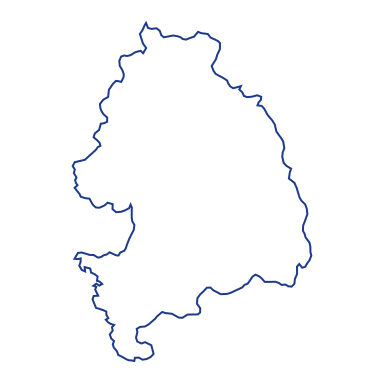 Ribeirão Claro, Paraná, Brazil (Albers equal-area conic projection)
{"feature_id": "56859067B98534601158494", "entity_name": "Ribeirão Claro", "entity_type": "district", "adm_level": 2, "iso_a3": "BRA", "parent_name": "Brazil", "parent_adm1": "Paraná", "projection": "albers", "projection_center": [-49.782, -23.265], "detail": "fine", "context": "isolated", "style": "outline", "palette": "blue", "viewbox_px": 384, "rotation_deg": 0, "n_neighbors": 0, "source": "geoboundaries", "source_scale": "gbopen_adm2", "svg_char_len": 3374}
<svg xmlns="http://www.w3.org/2000/svg" viewBox="0 0 384 384"><path d="M306.7,208.4L305.2,204.4L301.5,200.8L299.6,197.6L298.2,193.1L296.7,188.0L294.5,182.9L288.9,178.5L289.4,175.3L289.8,172.5L291.1,168.7L286.5,165.9L283.7,163.0L282.3,156.9L282.7,152.4L284.3,148.3L283.2,141.5L281.5,138.6L276.4,131.6L274.8,124.5L272.3,120.5L267.8,115.2L264.0,108.4L261.6,105.9L257.5,105.4L258.5,102.5L260.9,99.9L261.2,96.8L257.2,95.3L251.9,96.7L247.2,97.1L244.0,96.0L242.2,92.2L239.3,89.5L240.9,86.1L237.9,87.0L233.2,88.2L230.2,86.4L228.1,83.2L227.1,80.5L222.8,77.7L218.2,75.3L215.7,73.9L213.6,71.0L211.7,66.0L214.4,61.7L216.0,59.1L217.2,54.9L219.9,49.1L220.0,43.2L218.2,41.2L215.7,39.9L210.6,37.6L207.8,34.0L201.4,33.2L198.0,31.9L194.0,36.7L189.6,38.1L186.1,39.6L182.7,39.0L180.6,37.3L177.9,36.3L173.1,35.5L163.9,37.3L161.3,35.2L159.8,30.9L156.6,28.3L151.3,28.9L148.0,27.9L146.0,23.0L144.6,25.4L142.4,30.4L139.9,33.9L143.0,43.6L146.2,48.0L143.1,53.2L140.6,50.8L135.3,52.2L130.5,55.2L127.1,56.0L124.2,55.5L121.2,56.5L119.3,60.8L119.8,66.0L122.4,70.2L123.8,74.4L123.5,77.4L121.2,81.9L118.5,81.2L115.9,80.9L112.8,84.0L108.9,89.8L108.1,97.0L103.4,99.6L99.9,104.0L100.4,108.3L101.4,111.0L103.4,114.1L107.2,117.6L107.1,121.8L103.8,123.3L100.8,123.7L99.1,129.9L94.8,133.5L93.6,137.2L97.2,140.3L99.6,142.8L100.4,145.9L97.9,147.0L95.8,149.9L84.9,159.8L74.7,162.2L72.7,166.1L74.8,169.5L73.9,173.0L76.5,177.6L75.1,180.0L75.9,182.9L77.5,185.2L74.6,187.8L79.7,194.2L80.7,196.7L85.5,198.2L89.5,198.7L92.0,203.4L93.6,205.5L95.9,207.5L99.5,207.7L104.5,205.5L107.7,202.7L112.7,204.2L112.5,209.1L116.1,212.2L120.9,211.8L125.2,210.3L129.2,208.1L130.6,204.6L131.8,207.5L131.7,214.5L131.8,218.5L132.4,221.6L134.4,224.9L133.7,230.0L131.8,233.7L129.2,238.9L126.8,245.1L125.7,248.6L124.2,250.8L120.3,252.5L118.5,255.5L116.0,255.3L109.6,252.3L106.6,254.6L103.8,255.2L100.9,257.1L98.0,257.6L93.6,255.0L89.7,254.9L81.7,252.5L78.0,252.9L76.6,255.2L74.5,258.8L78.0,259.1L80.7,258.4L80.6,261.8L79.3,265.6L81.7,269.9L85.1,271.4L84.6,267.1L90.2,268.5L91.1,272.6L94.5,274.1L97.6,276.5L97.0,280.8L99.6,281.6L102.2,284.0L99.3,285.6L96.3,283.7L93.4,285.8L96.2,286.8L95.2,289.6L98.2,295.7L93.6,296.0L92.6,299.5L94.3,303.6L96.0,307.9L99.6,308.9L103.8,310.4L106.3,311.5L106.4,314.9L108.3,318.2L105.8,319.7L108.1,322.3L110.5,323.8L114.1,325.0L112.0,327.2L112.7,330.6L109.8,334.4L111.2,338.5L114.0,341.0L112.8,344.4L113.8,347.5L117.0,351.4L118.3,355.0L122.2,356.9L125.9,359.0L128.4,360.2L131.2,360.4L134.3,361.0L134.9,357.8L138.8,357.6L142.6,359.7L146.7,359.0L150.7,357.0L153.6,353.9L151.3,345.2L145.1,342.2L141.3,343.5L137.2,341.4L136.0,337.6L137.4,332.0L136.7,328.9L140.1,326.9L144.9,326.5L148.9,324.2L155.1,318.8L157.0,316.4L162.2,312.0L165.6,313.1L172.1,313.8L178.7,317.6L182.4,317.8L187.5,314.6L197.8,314.4L200.1,312.5L200.2,308.2L197.0,303.8L197.4,298.2L200.2,294.4L203.0,291.8L206.9,287.7L210.5,287.6L213.2,290.2L220.8,294.2L227.0,293.9L230.5,292.9L242.3,287.4L244.5,284.9L247.7,283.6L249.6,281.0L252.5,276.7L255.4,274.7L259.0,276.2L261.4,278.1L264.8,281.9L275.7,281.8L278.9,283.0L281.6,284.9L285.5,284.6L288.4,286.3L291.7,286.6L294.4,283.7L294.9,279.1L297.1,273.8L297.0,266.6L299.2,264.0L302.2,267.7L305.2,266.8L307.3,263.2L309.4,260.4L311.3,255.7L310.4,251.9L310.4,247.1L309.5,242.6L305.6,237.4L304.6,233.8L302.9,230.7L303.2,225.4L304.8,221.4L307.4,214.2L306.7,208.4Z" fill="none" stroke="#1e3a8a" stroke-width="2"/></svg>